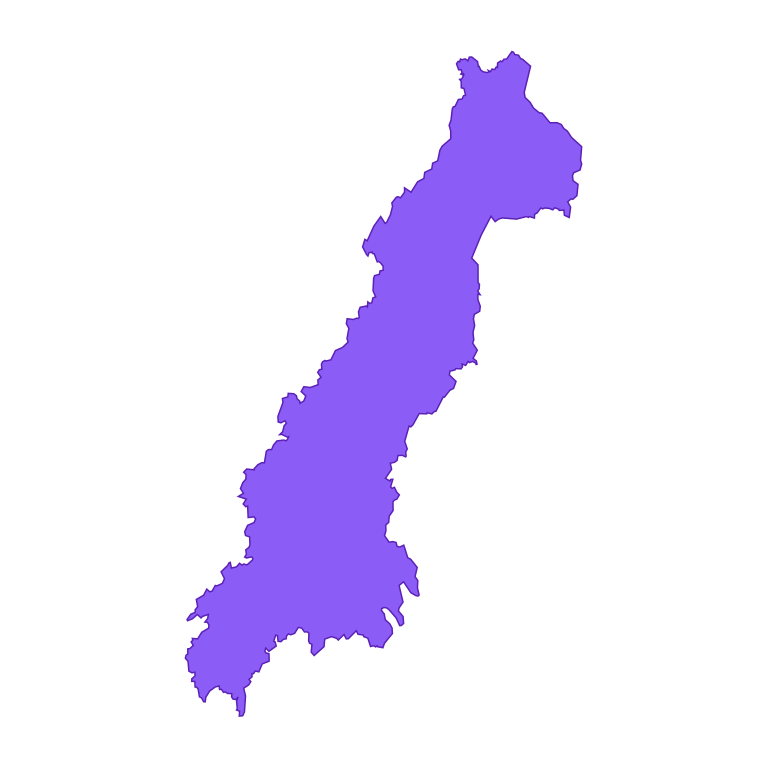 the district of Cavan - Belturbet Lea-6, Cavan, Ireland, rotated 91°
{"feature_id": "5873133B49845781008100", "entity_name": "Cavan - Belturbet Lea-6", "entity_type": "district", "adm_level": 2, "iso_a3": "IRL", "parent_name": "Ireland", "parent_adm1": "Cavan", "projection": "equal_earth", "projection_center": [-7.632, 54.119], "detail": "fine", "context": "isolated", "style": "filled", "palette": "violet", "viewbox_px": 768, "rotation_deg": 91, "n_neighbors": 0, "source": "geoboundaries", "source_scale": "gbopen_adm2", "svg_char_len": 6116}
<svg xmlns="http://www.w3.org/2000/svg" viewBox="0 0 768 768"><g transform="rotate(91 384 384)"><path d="M646.8,385.9L647.7,380.5L643.2,379.0L633.3,371.2L627.8,371.7L623.6,374.1L619.7,378.6L613.8,379.8L610.8,382.4L608.7,382.5L607.5,380.2L607.8,377.5L609.4,375.2L617.6,367.8L625.3,364.1L625.2,362.5L623.1,360.2L616.1,360.9L610.7,365.6L607.6,365.0L601.7,361.2L585.2,365.4L581.4,361.0L592.2,353.5L595.0,348.5L595.4,346.2L594.4,345.2L587.3,347.0L579.9,346.8L576.1,349.6L566.8,347.6L558.7,354.3L557.3,357.2L544.8,361.4L546.7,365.3L546.2,368.0L542.2,369.2L541.4,372.5L542.1,376.1L535.7,380.8L530.7,379.5L525.0,379.8L522.3,376.9L516.0,376.5L510.4,372.7L501.9,373.0L500.1,371.9L498.8,369.1L494.6,366.7L491.9,369.4L487.1,371.8L488.2,374.1L486.8,375.6L479.1,373.5L479.3,375.7L480.9,376.4L478.3,380.9L469.2,374.9L463.1,376.3L462.1,372.1L460.2,369.6L455.3,368.8L455.0,364.5L456.5,361.1L455.7,360.6L451.6,361.1L448.5,359.6L441.0,362.3L425.6,358.2L426.4,356.4L424.2,354.3L413.0,348.3L413.1,340.7L411.9,340.2L413.1,335.6L410.7,333.4L410.4,331.6L396.0,324.6L396.1,323.3L389.2,318.1L387.2,314.4L380.2,312.0L373.8,318.8L370.0,318.3L368.8,313.4L367.4,312.5L367.5,307.2L365.4,305.8L362.6,306.3L364.0,302.7L359.9,300.3L361.1,299.0L359.9,295.6L361.7,292.4L362.9,292.2L362.6,291.3L359.3,292.1L356.8,295.4L348.6,291.3L341.5,296.1L338.4,295.0L330.8,295.9L324.0,294.4L317.2,295.7L312.8,294.9L309.6,289.6L304.6,289.1L298.0,291.6L292.6,291.7L293.0,289.5L289.4,291.9L287.0,290.5L282.6,290.3L281.0,291.7L263.2,292.1L256.6,298.5L233.1,289.3L214.4,279.9L219.7,275.7L217.1,272.3L215.9,268.5L216.8,254.4L214.1,244.5L214.9,242.5L214.0,241.7L215.5,236.5L211.7,236.4L210.3,233.9L205.3,230.3L206.1,228.4L205.2,226.3L205.5,222.0L206.9,218.3L204.8,216.3L206.2,212.4L207.4,211.9L207.0,207.2L212.1,206.6L214.3,201.7L203.9,200.5L198.7,203.5L195.7,200.3L196.0,198.4L192.3,194.4L181.0,193.5L177.4,198.5L172.5,199.2L169.4,198.0L166.6,191.7L160.5,190.2L156.8,191.4L143.3,190.5L134.1,200.9L127.9,205.1L125.5,208.6L121.5,211.2L119.7,215.4L119.9,222.6L110.5,230.7L110.0,233.7L105.5,239.3L99.7,242.9L95.1,247.9L90.0,248.9L63.7,243.0L56.9,251.1L56.3,253.1L52.9,255.2L52.3,259.1L50.0,260.3L49.4,261.9L57.0,267.1L57.2,269.8L59.7,271.6L59.0,273.0L61.0,276.0L65.4,276.2L65.1,277.3L67.7,278.9L67.2,281.5L69.8,283.0L68.8,285.1L70.0,284.4L70.8,286.0L70.2,290.1L68.4,292.8L64.8,294.4L65.0,295.2L60.0,296.1L55.5,302.0L55.7,304.4L60.2,306.1L59.2,305.9L57.5,308.5L58.4,311.6L57.8,313.2L60.6,314.0L60.1,315.5L62.6,317.1L68.6,314.8L68.4,312.4L71.2,311.4L72.8,312.6L73.4,311.0L72.4,310.0L73.4,309.5L77.7,311.6L78.1,313.7L80.1,312.1L86.5,311.9L87.1,309.2L93.7,307.5L94.4,309.5L97.8,311.0L98.2,314.6L105.3,317.8L105.6,319.5L107.6,320.5L119.0,321.6L124.2,323.4L130.0,321.7L137.6,321.5L145.2,330.0L149.3,332.2L159.9,334.2L162.4,339.2L168.2,340.0L171.7,347.0L177.8,347.7L181.2,353.9L191.8,360.3L187.5,366.9L191.9,366.8L197.5,370.7L196.5,373.4L197.1,375.0L202.8,379.3L206.4,378.6L214.6,380.5L222.4,384.2L223.4,385.7L216.6,390.2L226.4,396.9L241.1,403.3L239.7,405.6L247.3,407.8L254.7,403.8L256.3,402.3L252.9,401.2L252.4,398.1L253.6,397.9L254.2,395.9L262.0,392.9L261.6,391.5L262.7,389.8L266.3,386.9L270.3,386.9L271.0,390.0L274.4,390.5L275.8,395.3L278.4,396.2L290.9,396.6L297.0,393.9L298.1,396.6L302.9,397.6L303.8,399.4L302.2,401.6L307.3,401.9L306.3,402.9L307.7,409.2L312.4,410.8L317.7,409.9L319.0,410.9L318.6,412.3L320.0,415.7L319.4,422.0L324.3,422.7L329.0,420.1L339.2,421.8L342.7,420.6L348.3,426.3L351.4,433.1L360.7,437.5L362.0,442.1L361.5,443.5L362.9,445.8L365.3,446.9L370.3,446.4L370.8,448.8L373.5,450.5L378.4,447.1L381.1,450.2L385.8,449.8L388.8,457.7L388.1,464.1L393.0,466.7L397.3,462.0L402.4,463.9L404.7,467.6L402.7,467.9L400.2,470.7L397.2,471.4L395.3,474.1L395.0,479.6L398.5,479.9L400.3,485.3L404.3,484.7L418.2,489.5L423.9,489.1L424.6,486.4L422.5,482.3L425.0,480.9L427.4,483.1L433.5,484.5L436.4,487.4L436.2,485.3L438.9,479.5L438.5,478.5L440.7,479.4L442.5,480.8L441.8,483.2L442.8,490.1L446.9,493.4L451.5,495.2L451.6,498.5L453.3,500.5L464.9,502.2L464.8,504.9L466.9,508.7L471.0,512.4L472.1,512.2L471.4,519.8L474.7,522.8L477.0,520.3L481.6,520.5L485.0,523.4L491.1,525.7L495.7,522.6L499.0,527.7L501.5,519.7L506.4,522.7L509.1,520.1L508.4,518.2L519.9,517.5L519.1,511.7L521.2,510.0L524.8,511.5L527.7,517.9L534.1,520.7L537.9,519.8L539.2,515.7L547.1,515.2L549.7,516.2L552.2,519.3L556.6,518.6L559.5,520.3L560.4,518.4L559.2,513.5L560.5,512.1L562.2,512.4L567.3,517.9L566.4,521.1L567.6,522.8L565.8,525.3L569.4,528.3L570.7,533.4L565.0,534.6L565.5,535.8L568.2,537.2L574.6,543.6L581.4,540.1L586.2,542.1L588.8,547.7L588.4,549.2L594.2,552.3L594.7,554.7L592.2,557.6L598.3,560.6L602.7,567.9L609.9,566.4L612.9,568.8L615.6,568.8L617.6,573.2L623.0,576.8L624.1,576.3L622.1,571.4L617.7,566.6L621.1,562.9L619.5,561.3L617.5,555.6L621.5,556.2L625.2,558.9L625.3,556.4L628.1,554.8L631.2,555.1L635.4,561.9L642.1,565.9L641.7,571.2L643.5,570.8L645.3,572.3L648.7,570.1L651.9,573.5L652.3,575.6L657.3,575.4L658.7,577.2L661.7,577.8L664.7,575.1L674.5,574.1L676.1,571.0L675.5,568.0L679.2,567.9L682.1,571.0L684.7,571.1L684.7,567.9L690.3,567.6L690.4,566.1L692.3,564.5L700.0,563.1L701.1,560.9L704.8,558.8L704.9,557.2L700.3,556.7L694.1,553.0L689.9,547.5L688.8,543.6L692.3,543.1L692.1,541.3L695.1,539.1L694.6,537.4L696.1,535.1L696.3,530.8L699.6,530.9L701.7,529.4L702.1,526.5L699.4,524.4L703.6,525.9L711.5,525.0L712.5,525.8L713.7,522.7L718.6,522.9L718.1,519.4L714.2,517.8L698.2,517.0L690.6,519.0L687.2,514.0L683.9,512.0L681.7,513.8L679.0,510.8L675.9,511.2L675.9,509.4L673.2,507.7L674.0,504.1L666.0,500.9L663.1,494.0L655.7,494.3L654.8,497.6L652.9,498.5L650.1,497.6L653.3,494.4L647.9,487.2L643.8,488.3L643.2,489.8L637.0,487.9L637.5,486.1L643.2,485.4L643.4,482.5L641.0,480.1L640.5,477.4L637.5,477.0L635.5,475.2L636.4,472.9L634.9,469.0L628.8,465.4L629.6,461.9L633.3,459.2L633.2,456.4L634.4,454.7L642.3,454.9L644.5,453.9L645.5,451.5L653.4,452.1L656.7,449.1L647.7,439.4L640.1,438.8L637.5,432.0L639.2,426.8L640.8,425.3L635.2,419.6L639.5,417.3L639.3,415.2L631.2,407.4L634.7,405.6L635.3,400.4L637.0,399.8L638.4,395.7L646.7,392.9L645.9,389.7L647.0,387.8L645.9,386.3L646.8,385.9Z" fill="#8b5cf6" stroke="#5b21b6" stroke-width="1.5"/></g></svg>